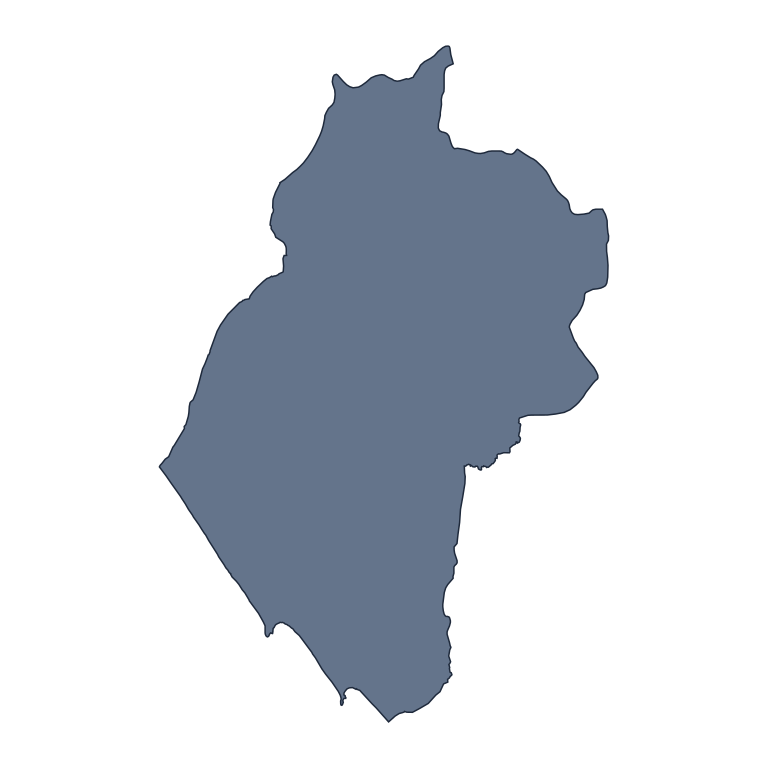 Aceh Barat, Aceh, Indonesia
{"feature_id": "22746128B65593111718524", "entity_name": "Aceh Barat", "entity_type": "district", "adm_level": 2, "iso_a3": "IDN", "parent_name": "Indonesia", "parent_adm1": "Aceh", "projection": "equal_earth", "projection_center": [96.186, 4.452], "detail": "fine", "context": "isolated", "style": "filled", "palette": "slate", "viewbox_px": 768, "rotation_deg": 0, "n_neighbors": 0, "source": "geoboundaries", "source_scale": "gbopen_adm2", "svg_char_len": 6068}
<svg xmlns="http://www.w3.org/2000/svg" viewBox="0 0 768 768"><path d="M606.1,216.8L605.3,214.4L602.5,209.2L595.9,209.2L593.0,209.8L591.6,210.8L589.1,213.1L584.0,214.1L577.9,214.6L574.6,214.3L572.2,212.9L570.8,211.0L569.8,208.6L569.2,204.7L568.5,202.5L567.5,200.4L566.1,198.9L561.3,194.9L557.4,191.0L552.0,182.5L549.3,176.5L546.2,171.3L542.5,167.1L536.1,161.0L533.4,159.1L530.5,157.7L524.7,154.1L517.6,149.3L516.8,149.6L514.6,152.3L513.4,153.4L512.0,154.1L510.9,154.3L506.6,153.7L504.4,152.7L503.1,151.8L501.3,151.1L498.6,151.0L492.0,151.0L488.4,151.4L484.1,152.9L480.5,153.5L478.1,153.4L475.0,152.9L469.4,150.8L465.0,149.5L457.6,148.3L454.4,148.7L453.0,147.4L452.0,145.8L450.9,142.9L448.9,136.1L447.4,134.1L446.0,133.1L443.8,132.3L442.1,132.0L439.7,130.8L439.0,129.6L438.3,128.0L438.4,123.8L440.3,115.4L440.3,112.6L441.5,104.6L441.3,99.5L442.0,95.5L443.9,91.6L444.1,88.1L444.1,74.6L444.6,70.9L445.7,68.1L448.3,66.0L453.2,63.8L450.8,54.7L449.9,48.1L449.3,46.6L448.7,46.2L447.6,46.1L445.5,46.3L442.8,47.7L438.2,51.4L434.4,55.7L430.4,58.5L424.6,61.6L420.5,65.2L418.6,68.8L414.1,75.4L413.3,77.2L408.4,79.1L406.3,78.8L400.0,80.8L397.2,81.2L394.0,80.5L392.1,79.2L388.3,77.5L384.4,75.1L381.8,74.7L379.6,75.0L375.7,75.9L371.2,77.8L366.3,82.1L361.6,85.5L358.5,87.1L353.1,87.8L349.7,86.7L346.7,84.8L343.4,81.6L337.6,75.1L336.3,74.3L334.2,75.1L333.0,77.2L332.3,81.8L332.9,84.6L334.7,89.9L335.1,94.2L334.8,98.0L334.0,102.3L332.2,105.0L328.6,108.3L326.4,112.2L324.9,115.6L324.6,118.9L323.2,125.8L321.6,131.2L319.8,135.7L315.5,144.6L312.2,150.6L307.7,157.4L303.5,162.9L300.1,166.4L296.7,169.6L292.6,172.6L285.0,179.3L279.9,182.7L280.1,183.2L275.5,192.4L273.3,198.6L273.0,200.2L272.7,207.6L273.5,209.5L273.2,212.1L271.9,214.3L270.4,221.7L270.1,225.1L271.1,225.9L271.3,227.4L271.1,228.1L271.2,228.8L274.6,233.9L275.8,237.3L282.9,241.8L284.3,243.3L285.8,246.3L286.2,248.0L286.3,250.3L286.2,253.8L286.6,255.4L284.1,255.5L283.1,258.3L283.0,258.9L283.6,266.1L283.2,271.7L282.7,272.2L279.0,273.8L278.2,274.7L275.7,275.9L274.2,276.0L272.3,276.7L271.7,276.2L269.3,277.7L267.0,278.5L263.4,281.4L257.3,287.2L253.1,291.8L250.1,296.1L249.3,298.6L249.0,298.9L245.0,299.5L243.9,300.2L242.8,300.4L242.4,301.1L240.2,302.4L239.7,302.4L228.0,314.2L220.5,325.0L217.1,331.3L210.1,350.5L210.0,351.9L209.0,354.5L208.6,354.9L208.2,355.0L207.4,357.5L205.0,363.7L202.5,369.0L199.1,382.1L196.1,392.4L193.1,399.8L190.5,402.1L190.0,402.9L189.3,406.4L188.9,412.5L188.3,416.4L185.9,424.6L184.2,426.5L184.4,428.6L174.2,445.5L172.9,447.1L168.7,456.7L165.2,459.2L162.1,463.2L160.1,465.4L159.4,466.9L166.0,475.7L170.8,482.7L180.4,496.2L182.1,499.0L185.3,503.8L188.6,509.6L192.3,514.9L193.5,517.1L199.1,525.0L201.4,528.8L204.6,533.7L205.6,534.8L208.7,540.5L217.5,554.3L218.7,556.8L224.0,564.6L225.9,567.9L228.0,570.3L228.8,571.9L229.9,573.2L230.7,573.6L230.6,574.2L232.1,577.0L236.1,581.0L238.9,584.4L242.2,589.7L244.9,592.9L249.0,599.8L249.3,600.8L258.5,613.3L263.3,621.9L265.1,625.8L265.1,633.0L265.4,634.5L266.2,636.1L267.3,636.9L268.0,636.7L268.9,635.9L269.5,634.2L270.7,632.9L272.3,633.6L272.6,633.5L272.5,632.7L273.0,631.9L272.7,631.2L273.1,629.9L273.0,628.9L273.6,627.8L274.0,627.7L275.2,625.3L276.1,624.4L278.0,623.4L279.3,622.9L280.0,622.3L281.3,622.6L282.7,622.4L283.3,622.8L284.2,623.1L285.0,623.9L287.3,624.7L288.1,625.5L289.2,625.9L291.6,628.1L292.7,628.6L295.0,631.7L299.3,635.5L311.8,652.3L312.6,654.0L315.4,657.8L321.9,668.9L325.6,674.1L332.1,682.3L338.3,691.4L340.2,695.1L340.9,697.4L341.2,699.1L340.6,701.0L340.7,703.9L341.0,705.0L341.8,705.3L342.1,705.1L342.6,704.3L343.3,702.3L342.8,700.6L343.5,699.1L344.1,698.4L345.7,698.4L345.9,697.8L345.2,696.5L345.1,695.6L343.9,694.9L344.0,693.1L344.8,691.6L346.8,689.1L348.0,688.4L349.5,687.8L352.6,687.6L356.0,689.3L356.3,688.8L358.2,689.9L359.7,690.3L372.1,703.8L376.0,707.7L388.6,721.9L395.2,716.0L399.2,713.5L402.6,712.6L404.7,711.8L404.7,711.5L406.8,712.2L412.5,712.3L419.6,708.5L428.3,703.4L435.8,695.1L440.0,691.7L443.6,683.9L447.8,682.1L447.6,679.4L449.5,677.8L450.0,676.7L451.8,675.0L451.9,674.5L451.2,672.7L450.0,672.1L449.4,668.4L449.7,667.6L448.9,664.4L449.7,663.6L450.6,661.8L448.7,656.0L449.8,649.8L450.7,647.9L450.9,647.2L450.2,645.8L449.5,642.6L447.1,634.3L447.1,631.9L447.6,630.3L449.5,625.9L450.4,622.4L450.4,620.7L449.6,617.9L449.0,617.0L447.4,616.4L446.0,616.4L445.1,615.7L444.1,614.0L443.3,610.8L442.8,606.9L442.8,604.3L444.3,592.5L445.7,587.9L447.7,584.6L453.1,578.3L453.0,576.5L453.9,573.2L453.9,567.3L454.1,566.6L454.8,565.5L456.3,564.1L457.1,562.8L457.1,560.7L454.6,553.2L454.1,549.8L454.1,546.9L457.0,543.5L458.0,534.3L459.6,522.6L460.5,509.3L462.7,497.0L464.9,483.5L465.2,476.5L464.6,473.1L464.3,466.1L465.7,466.1L467.1,464.8L467.7,464.8L468.4,464.3L469.9,464.7L470.4,466.1L471.0,465.8L471.1,465.4L472.9,466.8L475.0,467.0L475.5,466.3L477.2,466.2L477.8,466.9L478.5,469.0L480.3,470.0L481.1,470.0L481.5,469.6L481.4,467.6L481.9,466.6L483.3,466.7L483.7,465.9L484.4,466.3L485.8,466.5L486.7,467.5L487.3,467.2L488.4,467.2L491.2,464.8L491.9,463.8L493.1,463.6L494.9,461.3L495.4,460.1L495.2,458.6L496.1,458.1L497.0,458.3L497.2,456.9L497.0,455.2L497.4,454.6L498.6,453.8L499.7,454.0L503.7,452.7L509.4,452.8L510.0,451.7L509.8,448.0L512.9,445.3L515.3,444.2L516.0,443.2L516.1,442.0L516.9,441.8L517.4,443.1L519.3,442.1L520.1,440.3L520.4,438.4L520.0,437.4L518.7,435.9L519.2,433.0L519.9,431.2L520.1,427.3L520.7,424.9L520.3,423.9L519.0,423.1L518.6,422.5L519.1,421.3L518.8,419.8L519.5,418.0L527.9,415.3L531.2,415.1L547.3,415.0L555.7,414.0L564.2,412.4L570.1,409.7L575.8,405.2L578.7,402.4L583.3,396.7L585.9,392.4L592.8,383.5L595.2,380.8L597.4,379.0L597.9,377.9L597.8,375.3L596.3,371.8L594.0,367.7L584.9,356.4L582.0,352.1L578.1,347.1L576.2,343.1L574.7,341.2L573.3,338.1L569.3,327.2L569.4,326.1L570.0,324.3L572.2,320.4L576.9,315.2L580.0,310.3L582.6,304.9L584.2,299.5L584.7,294.2L585.8,292.5L592.9,289.3L597.9,288.7L601.0,288.0L603.5,286.9L605.5,285.6L606.8,283.0L607.7,277.2L608.0,265.4L607.4,257.5L606.6,251.3L606.5,244.1L608.4,240.4L608.6,235.9L607.9,232.8L607.3,226.6L607.1,220.6L606.1,216.8Z" fill="#64748b" stroke="#1e293b" stroke-width="1.5"/></svg>